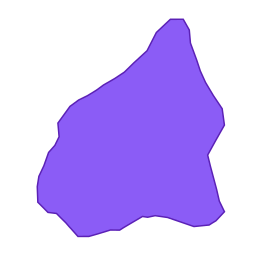 outline of Kakopetria, Nicosia, Cyprus, rotated 355°
{"feature_id": "46923920B80609054396383", "entity_name": "Kakopetria", "entity_type": "district", "adm_level": 2, "iso_a3": "CYP", "parent_name": "Cyprus", "parent_adm1": "Nicosia", "projection": "equal_earth", "projection_center": [32.895, 34.968], "detail": "fine", "context": "isolated", "style": "filled", "palette": "violet", "viewbox_px": 256, "rotation_deg": 355, "n_neighbors": 0, "source": "geoboundaries", "source_scale": "gbopen_adm2", "svg_char_len": 840}
<svg xmlns="http://www.w3.org/2000/svg" viewBox="0 0 256 256"><g transform="rotate(355 128 128)"><path d="M192.5,24.5L179.7,23.4L164.6,35.3L153.7,52.7L139.4,63.7L129.3,72.0L119.2,77.5L107.4,83.0L99.8,87.6L90.6,92.2L81.3,95.8L72.1,101.4L58.6,117.0L58.6,130.7L53.6,139.0L46.8,145.4L40.9,158.3L35.0,168.4L32.5,178.5L31.7,194.1L36.1,199.3L40.9,205.1L49.3,206.9L53.7,212.2L57.8,217.0L60.9,221.3L62.3,223.1L68.7,231.7L79.6,232.6L88.9,230.8L101.5,228.1L110.8,229.0L115.0,226.8L122.3,223.3L134.7,217.4L139.8,218.6L147.4,217.7L159.7,220.6L161.2,221.3L185.1,231.9L200.4,231.7L203.2,230.2L207.5,228.1L216.8,219.8L216.1,218.0L212.6,208.8L210.9,196.8L206.7,173.0L205.0,161.9L214.2,148.2L224.3,133.5L223.5,117.0L215.9,103.2L209.2,89.4L205.0,77.5L202.4,66.5L197.6,48.8L197.6,35.7L192.5,24.5Z" fill="#8b5cf6" stroke="#5b21b6" stroke-width="1.5"/></g></svg>